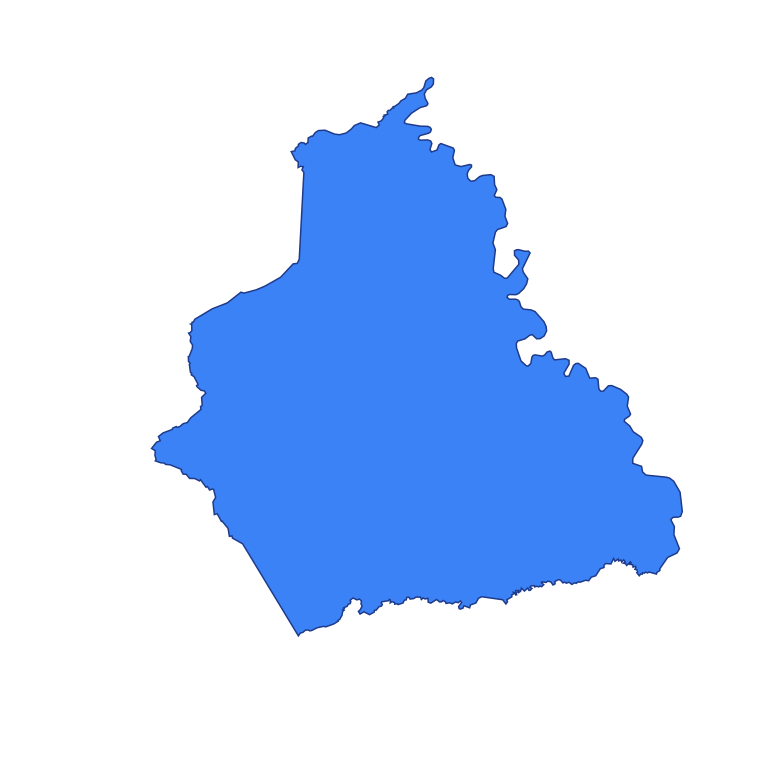 Kantharawichai, Maha Sarakham, Thailand (Natural Earth projection), rotated 250°
{"feature_id": "78962969B87727781395141", "entity_name": "Kantharawichai", "entity_type": "district", "adm_level": 2, "iso_a3": "THA", "parent_name": "Thailand", "parent_adm1": "Maha Sarakham", "projection": "natural_earth1", "projection_center": [103.249, 16.291], "detail": "fine", "context": "isolated", "style": "filled", "palette": "blue", "viewbox_px": 768, "rotation_deg": 250, "n_neighbors": 0, "source": "geoboundaries", "source_scale": "gbopen_adm2", "svg_char_len": 6171}
<svg xmlns="http://www.w3.org/2000/svg" viewBox="0 0 768 768"><g transform="rotate(250 384 384)"><path d="M171.9,321.8L171.7,326.9L173.9,329.3L173.5,331.1L175.7,332.4L175.1,334.5L173.0,334.9L172.2,338.4L172.8,341.3L171.2,345.4L168.7,345.4L169.5,347.7L167.9,349.1L167.6,352.0L163.8,350.9L162.1,353.1L163.5,359.7L160.2,361.7L159.6,363.5L160.4,365.5L158.2,367.2L156.6,367.2L156.0,370.7L154.0,373.0L154.7,376.8L153.1,378.9L154.0,381.6L152.2,382.3L149.3,378.0L147.2,377.8L146.4,378.7L146.3,381.5L148.3,383.3L144.4,387.9L146.8,389.7L146.8,395.4L150.3,399.5L150.7,403.0L140.7,421.7L135.6,423.3L137.1,425.6L139.2,425.5L140.3,431.4L142.1,431.9L142.5,434.1L144.1,434.3L143.4,435.4L140.7,435.6L140.6,436.6L144.8,437.1L143.9,439.9L142.7,438.5L141.9,438.9L142.5,441.4L145.2,443.3L141.4,445.1L143.1,449.3L140.5,449.6L140.1,450.7L141.3,453.1L143.2,451.6L144.0,453.2L143.0,456.4L141.8,456.2L141.7,458.3L140.4,460.0L140.9,461.4L139.6,462.8L140.8,465.5L143.3,464.0L144.2,464.5L142.1,468.3L142.7,470.3L141.1,473.0L137.3,474.1L137.7,476.4L140.0,477.1L140.5,481.0L139.3,482.8L135.9,484.1L136.0,486.0L134.4,487.3L134.5,490.0L131.4,492.0L132.0,495.0L130.9,496.5L131.7,498.5L130.7,500.4L130.6,506.5L129.1,509.0L131.6,512.8L131.4,517.4L136.5,524.1L136.3,528.0L138.4,528.7L139.5,530.8L137.3,535.7L141.5,540.0L138.4,540.4L139.5,544.2L137.5,543.9L137.7,546.4L135.4,546.4L136.8,549.1L134.2,549.9L133.8,547.7L132.4,549.6L130.5,550.0L132.6,554.7L131.4,555.1L130.4,553.4L129.0,555.9L126.7,555.4L126.7,558.0L125.1,557.8L124.1,556.4L122.8,558.1L120.7,558.0L120.2,557.0L116.5,558.3L117.6,560.2L117.0,561.7L118.2,562.5L117.2,563.9L117.7,565.5L116.3,567.1L116.7,568.7L112.2,575.0L113.6,576.0L114.4,579.5L116.0,579.9L124.0,591.2L125.0,601.5L128.2,605.3L143.3,604.9L150.8,608.1L158.5,607.1L159.9,610.2L158.3,614.9L158.3,617.5L162.1,620.7L181.0,625.2L193.5,623.0L197.9,620.2L199.8,617.6L208.8,599.0L213.0,596.9L218.5,597.9L224.4,590.6L229.1,592.4L239.3,605.6L242.4,607.9L245.9,607.5L254.0,601.8L260.5,600.6L266.7,597.0L268.5,598.0L270.0,603.7L271.4,605.4L280.0,605.0L288.0,609.3L291.4,608.6L298.0,604.5L304.6,597.5L305.6,594.3L302.3,587.7L303.2,585.0L306.2,584.3L315.3,586.7L317.4,585.1L319.2,579.3L329.7,578.9L337.0,573.6L337.6,571.2L336.7,568.5L328.2,560.5L329.0,557.2L331.7,556.6L333.1,557.2L339.3,564.7L343.0,566.0L345.7,563.2L348.3,552.6L350.7,551.6L356.7,552.0L358.2,551.1L358.3,548.2L356.4,545.1L356.0,542.5L359.7,535.9L359.9,534.0L358.8,532.3L353.0,528.9L351.5,525.3L352.7,523.8L358.9,520.6L372.6,520.9L376.6,522.1L378.6,524.1L378.2,532.1L379.9,537.3L379.8,540.1L374.3,542.9L373.2,546.2L374.4,551.0L378.4,555.0L382.5,556.0L387.8,555.6L400.4,550.7L403.3,547.6L406.7,540.6L409.8,539.1L415.2,539.4L417.1,538.6L418.8,536.5L420.7,530.9L423.4,529.3L424.9,530.5L425.2,532.5L422.8,538.5L423.0,541.4L425.8,547.9L429.3,552.2L433.6,555.1L441.4,553.1L445.0,553.5L457.2,566.1L459.4,565.2L460.6,561.7L464.1,556.6L464.8,554.6L464.5,552.1L460.2,550.7L454.5,552.9L450.3,551.6L441.4,536.0L442.0,533.5L446.4,530.7L451.4,525.5L455.1,526.1L472.1,534.6L479.3,534.6L488.5,540.6L490.3,543.3L490.2,552.6L492.6,555.1L500.2,555.0L506.4,558.2L517.3,558.1L519.6,556.8L521.3,552.8L523.4,552.1L528.0,556.5L533.5,556.1L541.4,558.5L544.2,556.0L546.2,548.1L546.2,544.7L544.0,538.7L544.9,534.9L548.7,533.1L552.9,534.0L555.7,536.3L558.1,540.5L559.8,541.1L560.9,539.8L562.0,530.7L565.5,525.8L573.0,526.0L579.5,530.1L582.1,529.7L590.5,519.7L590.0,517.6L585.7,513.7L585.8,508.0L588.6,507.4L593.6,511.2L596.3,511.0L598.4,508.6L600.6,501.8L602.0,500.2L603.6,500.6L605.1,502.8L604.4,511.8L605.0,513.9L607.1,515.6L609.4,515.1L611.1,513.3L613.9,506.3L620.8,494.1L622.5,492.5L624.6,493.7L629.1,502.5L631.4,512.5L630.9,518.7L631.5,520.4L632.7,521.2L638.4,520.4L642.8,521.1L645.9,524.6L647.0,530.1L649.0,533.0L653.7,534.9L655.8,533.6L655.8,530.7L654.5,527.0L648.9,522.8L647.3,520.1L646.5,514.0L648.2,505.4L645.2,501.9L644.2,496.5L642.6,494.2L641.2,489.1L641.5,487.5L640.1,487.4L640.6,486.3L639.1,483.4L639.6,481.5L638.8,480.1L636.2,479.7L636.6,476.2L635.6,476.4L635.7,474.8L634.2,474.7L632.2,471.3L632.2,467.9L629.1,468.2L627.6,464.4L637.4,451.3L637.0,444.5L634.8,440.6L632.8,434.3L633.4,427.6L635.7,423.1L642.7,415.3L644.6,409.0L643.8,405.5L641.2,401.5L641.7,400.7L641.1,396.9L636.9,395.1L636.1,392.1L637.7,391.5L639.3,388.7L638.5,385.5L637.1,385.2L635.7,381.4L633.6,380.0L634.1,376.3L625.1,377.3L622.0,379.4L616.8,377.3L617.1,380.1L615.8,382.5L613.3,380.1L610.3,381.1L530.4,347.1L527.9,344.7L527.0,343.6L528.0,339.8L519.7,323.4L516.7,305.7L516.2,296.0L517.3,283.5L519.2,281.0L513.8,264.5L513.4,248.3L509.6,228.5L507.6,226.2L507.7,224.8L506.3,224.0L506.4,222.9L505.6,223.6L499.9,221.7L498.5,219.4L498.7,217.8L494.6,218.7L490.3,216.5L486.2,217.4L483.1,216.1L476.5,210.3L476.7,209.5L472.0,208.0L469.8,209.0L469.1,207.8L461.2,206.1L459.6,207.0L458.6,206.0L455.9,208.0L447.8,209.1L446.8,208.9L446.7,207.4L445.5,207.3L440.8,209.8L438.9,212.8L436.3,213.4L433.8,208.0L426.9,206.1L425.8,205.5L425.6,203.9L422.7,203.3L418.3,190.8L415.0,185.9L415.4,181.7L413.9,177.6L413.9,174.9L415.1,174.3L414.8,170.2L413.7,169.4L413.6,159.6L411.8,154.1L407.2,154.3L407.1,150.3L402.9,143.5L399.6,146.2L395.1,144.3L391.2,144.1L390.0,142.8L386.3,147.3L384.9,150.4L383.2,151.2L381.2,155.4L373.0,164.5L372.0,163.8L368.0,164.4L366.8,167.3L361.8,169.0L359.9,173.8L356.0,177.5L356.8,178.9L347.9,181.4L348.1,183.0L344.0,183.9L344.0,186.9L343.2,187.8L335.0,187.0L331.6,182.9L319.3,179.9L319.1,182.9L310.6,184.2L310.7,184.9L301.7,188.1L293.7,186.6L293.2,189.2L291.0,188.9L282.2,196.5L176.6,217.4L178.5,220.1L178.4,223.0L179.5,225.8L179.0,228.4L177.5,229.7L177.1,231.6L177.8,237.7L177.0,244.0L175.7,246.4L175.7,254.8L176.8,259.9L177.7,259.9L177.8,261.7L181.1,265.5L184.4,267.3L184.9,268.9L186.2,268.2L186.3,269.9L187.5,269.6L187.7,273.4L189.3,275.1L189.2,277.1L190.8,278.4L192.4,278.2L193.5,281.7L190.4,284.7L190.3,287.4L187.7,288.6L185.4,287.2L182.7,287.4L179.9,284.3L179.1,282.2L176.0,282.8L176.8,287.2L172.2,291.5L173.0,296.8L174.6,297.7L174.2,299.4L176.4,303.1L176.2,305.8L177.5,307.1L179.3,306.5L180.1,307.3L178.8,314.2L179.8,315.3L178.8,316.1L176.2,315.0L176.7,317.0L175.0,319.2L173.5,318.7L173.0,321.2L171.9,321.8Z" fill="#3b82f6" stroke="#1e3a8a" stroke-width="1.5"/></g></svg>